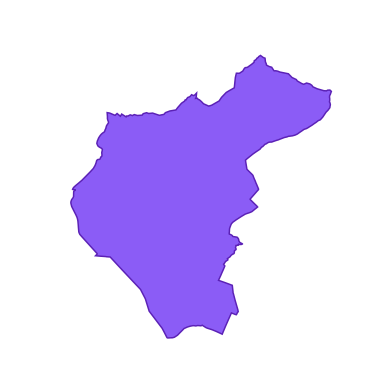 Stefanesti, Arges, Romania (Natural Earth projection), rotated 12°
{"feature_id": "2599482B40982611727809", "entity_name": "Stefanesti", "entity_type": "district", "adm_level": 2, "iso_a3": "ROU", "parent_name": "Romania", "parent_adm1": "Arges", "projection": "natural_earth1", "projection_center": [24.947, 44.876], "detail": "fine", "context": "isolated", "style": "filled", "palette": "violet", "viewbox_px": 384, "rotation_deg": 12, "n_neighbors": 0, "source": "geoboundaries", "source_scale": "gbopen_adm2", "svg_char_len": 5864}
<svg xmlns="http://www.w3.org/2000/svg" viewBox="0 0 384 384"><g transform="rotate(12 192 192)"><path d="M251.1,324.8L252.7,316.3L253.7,311.5L253.7,311.4L255.7,302.1L258.2,302.5L259.9,302.8L260.9,302.8L261.2,301.9L261.5,300.4L262.1,299.5L261.3,297.6L256.7,289.0L253.6,282.8L253.0,281.8L252.9,281.2L250.8,274.9L246.1,274.2L242.6,273.7L236.3,272.9L237.5,267.5L238.0,264.9L238.7,261.7L239.2,259.1L239.5,257.5L238.2,256.5L238.0,256.3L237.9,256.0L238.0,255.9L238.3,255.6L239.3,252.9L239.5,252.8L241.2,250.9L240.8,250.2L240.8,249.8L240.6,249.7L242.8,247.3L243.1,246.5L243.4,245.8L243.7,245.5L243.8,245.4L244.3,244.8L244.5,244.5L244.9,244.2L245.2,244.1L245.6,243.8L245.9,243.3L246.0,242.8L246.0,242.6L245.9,242.4L245.9,242.1L245.9,241.9L245.8,241.3L245.9,240.9L245.8,240.5L246.1,240.2L247.0,239.2L247.0,238.9L246.9,238.5L246.7,238.1L246.3,237.7L246.1,237.3L246.1,237.0L246.2,236.5L246.3,235.8L246.1,235.2L246.9,234.9L248.4,234.4L248.5,234.2L248.4,233.7L248.2,233.7L247.7,233.2L247.8,233.3L248.2,233.3L248.7,233.5L249.2,233.5L250.1,233.3L250.7,233.2L251.5,232.9L251.9,232.6L252.1,232.3L252.0,232.2L251.8,232.1L251.5,232.0L251.2,231.9L250.6,231.8L250.0,231.6L249.5,231.4L249.2,231.3L248.8,231.0L248.5,230.6L248.4,230.4L247.9,229.9L247.8,229.6L247.7,229.4L247.6,229.2L247.6,228.9L247.5,228.7L247.4,228.5L247.2,228.2L246.8,227.8L246.2,227.3L245.9,227.0L245.2,226.8L244.9,226.9L243.3,226.9L241.6,227.0L241.3,227.0L241.1,226.9L240.8,226.7L240.5,226.3L239.9,226.0L239.3,225.8L238.6,225.6L238.1,225.5L237.4,225.5L237.2,225.4L237.0,224.7L236.9,224.0L236.8,222.9L236.4,220.5L236.4,219.9L236.4,219.3L236.8,216.6L236.9,215.9L237.1,215.3L237.2,214.7L237.6,214.2L237.8,213.7L238.2,213.1L239.0,212.2L240.1,211.0L240.8,210.2L242.1,208.9L244.0,207.0L245.1,205.9L246.8,204.3L248.0,203.2L248.6,202.6L248.8,202.5L249.9,201.8L251.6,200.8L252.8,200.1L254.2,199.1L254.7,198.7L257.1,195.7L257.8,194.9L259.3,193.0L258.3,192.2L254.3,189.7L252.0,188.2L250.6,187.3L250.4,187.1L250.3,186.9L253.0,182.1L255.0,178.5L255.5,177.6L256.1,176.6L256.5,175.9L256.5,175.7L256.5,175.3L256.3,175.1L255.5,173.8L254.9,173.0L253.4,170.8L252.9,170.2L251.5,168.0L250.4,166.5L250.1,166.1L249.1,164.6L248.3,163.3L248.1,163.0L247.7,162.7L246.7,162.0L244.0,160.3L241.2,158.5L241.0,158.3L240.9,158.1L240.7,157.6L239.9,155.5L238.4,151.7L237.8,150.0L237.7,149.7L238.8,148.2L243.5,142.4L245.7,140.0L248.7,136.9L249.6,136.0L250.7,133.7L251.7,132.9L252.4,131.8L253.4,130.2L254.9,129.2L255.5,128.4L256.6,127.5L257.1,127.3L257.9,126.9L258.8,126.8L259.7,126.5L260.8,125.8L262.6,124.7L264.5,123.6L265.5,123.1L267.1,122.0L269.3,120.6L270.8,119.6L271.6,119.2L273.4,118.4L274.7,117.5L276.2,117.0L278.5,116.2L281.0,114.9L283.0,113.4L285.0,111.2L287.3,108.8L288.6,107.4L290.7,106.2L292.1,105.0L293.6,103.5L295.5,101.7L297.2,99.8L298.8,98.2L300.6,96.0L302.5,94.7L304.3,91.6L306.5,86.1L308.0,83.8L309.3,80.9L309.2,79.6L309.2,77.9L308.5,76.2L307.7,75.3L307.7,74.2L307.6,73.4L307.2,71.7L306.8,70.7L306.6,69.2L307.0,67.8L307.2,66.0L307.4,64.6L305.7,63.6L303.5,64.2L302.5,65.1L299.9,65.5L292.9,65.0L288.4,64.0L287.0,62.7L284.8,61.8L281.4,61.6L278.9,63.4L276.8,63.1L271.9,61.5L270.6,60.3L266.0,59.2L261.7,56.3L252.9,56.4L250.9,56.0L248.7,56.0L247.8,56.3L246.9,56.3L244.0,53.4L241.3,53.2L238.5,52.4L237.9,51.0L236.8,49.5L235.6,45.9L233.9,45.7L230.6,44.2L229.1,45.7L228.7,46.7L227.7,47.6L227.2,49.0L225.6,50.7L225.7,52.3L223.6,54.9L220.2,58.6L218.2,59.3L217.5,60.3L216.5,63.2L213.7,66.0L210.7,66.6L210.6,70.9L211.7,81.3L207.4,85.1L204.8,87.5L201.2,93.3L199.6,97.3L193.1,103.1L190.5,104.5L184.9,103.3L182.4,101.6L180.1,100.3L178.8,100.1L177.7,99.2L176.1,99.7L176.4,98.3L175.9,94.3L174.4,96.7L173.2,97.4L171.4,96.9L170.1,99.2L168.1,100.5L167.0,103.1L166.2,103.3L165.8,104.7L163.3,107.3L160.5,112.3L159.2,115.1L153.6,117.3L149.5,119.9L148.4,121.9L144.1,123.8L137.1,123.0L133.3,124.2L131.1,123.9L128.0,125.5L127.2,127.2L122.7,128.5L119.4,128.3L117.9,129.6L115.5,129.4L113.7,130.9L112.2,131.3L111.9,132.2L107.0,130.4L106.2,132.8L102.4,130.8L100.8,133.0L95.1,131.9L92.5,132.0L93.6,135.8L94.0,137.8L94.6,139.1L95.7,140.8L95.9,141.9L95.3,143.2L94.8,144.5L94.6,145.2L94.5,146.6L94.5,147.6L94.2,148.8L94.0,149.8L94.0,150.7L93.4,151.9L92.4,152.8L91.5,154.0L90.9,155.0L90.4,156.0L89.8,157.5L89.3,159.0L89.2,160.2L89.0,160.8L88.8,161.8L88.8,163.5L88.8,164.2L89.2,164.9L89.7,165.6L90.2,166.3L90.8,166.8L91.7,167.2L92.5,167.5L93.5,167.8L94.4,168.1L95.1,168.6L95.5,169.0L95.5,169.5L95.6,170.6L95.5,171.5L95.6,172.6L95.7,172.8L96.0,173.6L96.2,174.4L96.3,175.1L96.3,175.8L96.0,176.4L95.4,176.9L95.4,177.5L95.3,178.3L95.2,178.8L94.9,179.2L94.4,179.4L93.7,179.6L93.0,179.9L92.4,180.7L92.2,181.2L92.1,183.5L91.7,186.1L90.6,189.5L88.1,193.7L81.9,203.4L80.5,205.2L79.3,206.8L76.7,210.1L75.3,212.1L74.8,213.4L74.7,214.3L77.3,214.1L77.4,214.7L76.9,215.0L76.5,215.4L76.3,215.9L76.2,216.1L76.3,216.9L76.9,220.1L77.0,220.6L77.1,221.1L77.0,221.5L76.9,222.2L76.0,224.2L75.9,224.5L75.7,225.5L75.7,226.2L75.6,226.5L75.7,227.3L75.7,227.5L75.9,228.2L76.0,228.3L76.2,228.9L76.4,229.3L76.9,230.3L77.3,231.1L78.3,232.4L80.7,235.4L83.2,238.5L84.3,240.0L85.0,241.0L85.7,242.4L86.0,243.0L86.5,244.3L86.7,245.0L87.5,247.6L88.3,250.4L89.5,254.3L89.7,254.8L90.1,255.4L90.4,255.9L90.7,256.3L91.1,256.8L94.2,259.1L111.8,271.8L112.2,272.3L110.9,274.4L115.2,273.9L120.9,273.1L121.7,273.1L125.5,272.6L139.4,282.4L161.9,298.0L168.6,306.2L174.9,317.5L191.0,331.4L191.2,331.6L193.8,334.7L196.4,337.9L197.1,338.8L197.9,339.7L198.7,339.8L201.6,339.0L203.3,338.6L205.0,337.7L206.3,336.4L207.6,335.1L209.5,332.1L210.4,330.7L211.3,329.3L212.0,328.2L212.6,327.2L214.0,326.2L215.3,325.2L216.7,324.4L218.2,323.6L220.8,322.5L222.2,322.3L223.6,322.2L225.4,321.4L228.6,321.0L229.6,320.3L229.7,320.2L230.8,320.6L231.9,321.0L232.9,321.4L234.1,321.8L235.2,322.0L237.0,322.2L239.2,322.4L240.7,322.6L242.3,322.9L244.0,323.2L248.6,324.2L251.1,324.8Z" fill="#8b5cf6" stroke="#5b21b6" stroke-width="1.5"/></g></svg>